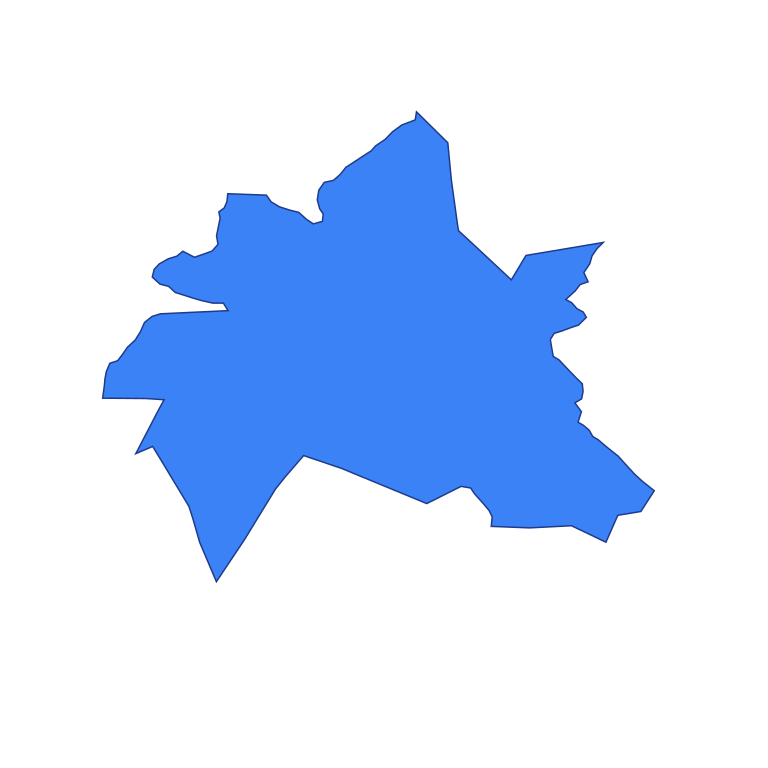 outline of Escada, Pernambuco, Brazil, rotated 64°
{"feature_id": "56859067B6321576756200", "entity_name": "Escada", "entity_type": "district", "adm_level": 2, "iso_a3": "BRA", "parent_name": "Brazil", "parent_adm1": "Pernambuco", "projection": "albers", "projection_center": [-35.273, -8.37], "detail": "fine", "context": "isolated", "style": "filled", "palette": "blue", "viewbox_px": 768, "rotation_deg": 64, "n_neighbors": 0, "source": "geoboundaries", "source_scale": "gbopen_adm2", "svg_char_len": 1898}
<svg xmlns="http://www.w3.org/2000/svg" viewBox="0 0 768 768"><g transform="rotate(64 384 384)"><path d="M352.9,124.9L330.7,200.0L346.2,223.9L297.4,242.6L278.9,249.8L272.5,247.9L230.1,234.0L195.1,220.9L153.6,235.5L160.3,240.1L159.0,254.5L161.0,265.7L164.6,275.5L166.3,287.2L168.8,293.3L170.1,304.1L171.2,312.4L172.5,323.2L176.4,331.4L178.8,340.2L176.6,349.3L181.2,357.6L189.3,363.3L198.4,365.0L204.5,364.1L210.8,368.0L209.1,377.3L202.2,381.4L192.3,385.4L186.6,392.3L178.8,400.4L170.8,405.6L162.7,406.9L144.5,441.0L151.3,445.3L155.7,450.4L156.9,457.0L163.1,458.6L177.3,469.5L185.7,472.0L189.1,480.1L188.4,487.5L187.0,498.8L176.5,506.6L178.3,514.1L176.9,523.0L177.5,533.2L180.2,540.3L186.3,545.4L196.0,541.6L201.8,534.8L210.2,531.5L217.3,524.0L222.3,518.8L228.7,511.8L236.2,502.5L240.9,492.9L249.7,492.0L222.9,554.2L221.6,562.8L223.7,572.3L230.1,579.8L235.4,588.3L238.5,598.5L243.1,606.7L246.3,613.2L245.2,621.3L251.0,628.0L257.0,632.5L263.7,636.6L273.4,643.1L292.7,604.3L301.7,588.6L310.5,600.8L337.8,637.6L338.7,619.3L353.3,617.9L361.3,617.2L408.5,613.0L421.2,614.8L445.7,619.1L474.4,620.6L488.2,621.3L462.6,577.4L430.9,527.7L424.0,513.1L413.1,487.6L441.0,459.4L510.2,398.0L509.8,359.6L515.5,351.7L522.2,350.8L535.7,347.0L543.9,345.0L550.8,345.0L559.0,350.0L577.1,316.3L593.6,277.6L599.0,273.3L623.5,253.9L604.5,231.4L608.5,218.1L611.2,209.0L598.4,187.9L590.0,191.9L584.3,194.6L574.9,198.3L559.7,202.8L551.3,205.2L543.9,208.8L535.1,212.9L528.4,215.7L522.7,219.4L515.6,219.8L508.5,222.9L503.4,226.3L495.4,218.7L484.6,220.7L484.0,212.9L477.9,208.3L470.8,205.7L463.0,208.5L452.3,212.0L439.1,216.1L433.4,219.8L426.0,217.7L416.9,215.0L413.1,208.9L414.3,201.0L415.2,191.8L416.3,183.3L412.8,172.9L406.6,173.4L400.8,177.6L393.3,179.6L387.7,183.6L384.2,171.4L380.6,164.2L381.6,155.8L371.4,155.5L366.1,146.3L360.0,140.8L355.6,132.9L352.9,124.9Z" fill="#3b82f6" stroke="#1e3a8a" stroke-width="1.5"/></g></svg>